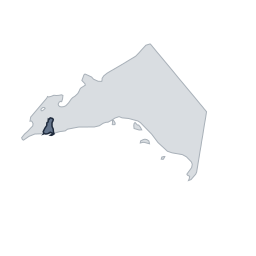 Umm Al Qaywayn on a map of United Arab Emirates (Equal Earth projection), rotated 221°
{"feature_id": "ARE-339", "entity_name": "Umm Al Qaywayn", "entity_type": "Emirate", "adm_level": 1, "iso_a3": "ARE", "parent_name": "United Arab Emirates", "parent_adm1": "", "projection": "equal_earth", "projection_center": [55.75, 25.47], "detail": "fine", "context": "in_parent", "style": "filled", "palette": "slate", "viewbox_px": 256, "rotation_deg": 221, "n_neighbors": 0, "source": "natural_earth", "source_scale": "10m", "svg_char_len": 3123}
<svg xmlns="http://www.w3.org/2000/svg" viewBox="0 0 256 256"><g transform="rotate(221 128 128)"><path d="M206.4,68.8L208.6,72.4L208.9,97.3L209.4,99.0L208.3,99.3L206.9,101.2L205.4,104.1L203.3,105.6L201.6,107.3L200.0,109.4L198.5,109.9L196.6,107.2L195.4,104.5L195.7,103.9L196.6,103.7L196.9,102.3L196.4,100.2L195.1,99.4L193.5,99.4L192.0,100.3L190.4,102.1L189.5,104.1L189.3,108.0L189.8,112.4L189.7,114.5L188.9,117.2L188.5,121.1L189.2,124.2L189.8,126.0L189.8,127.5L188.3,132.3L189.6,133.2L194.0,133.6L195.2,136.9L196.1,139.1L195.9,140.5L192.8,141.5L188.9,142.6L186.1,142.2L181.1,143.7L178.4,146.0L179.2,147.4L180.1,148.5L180.5,151.5L179.7,155.8L178.3,160.0L176.5,165.2L174.5,171.1L171.6,180.1L169.3,187.2L169.0,192.3L169.0,195.6L168.8,202.2L166.5,205.9L166.0,206.0L163.3,205.6L162.4,205.4L159.8,205.0L155.8,204.3L150.6,203.5L144.5,202.5L137.6,201.4L130.3,200.2L122.8,198.9L115.2,197.7L107.9,196.5L101.0,195.4L94.9,194.4L89.7,193.5L85.7,192.9L83.2,192.4L82.3,192.3L79.4,191.8L77.9,189.4L76.0,186.4L74.2,183.4L72.4,180.4L70.5,177.4L68.7,174.5L66.8,171.5L65.0,168.5L63.2,165.5L61.3,162.6L59.5,159.6L57.7,156.6L55.8,153.6L54.0,150.7L52.2,147.7L50.3,144.7L48.5,141.7L47.3,139.8L46.6,137.5L46.6,131.6L46.6,130.4L47.9,128.0L48.4,129.7L49.8,132.0L52.2,131.4L53.3,131.8L54.0,139.9L55.7,142.8L57.9,144.0L65.0,144.6L69.5,143.6L78.4,138.2L83.0,136.3L95.8,136.7L106.1,138.9L122.0,140.2L125.1,139.8L133.8,135.6L139.1,131.8L142.2,130.7L144.3,127.1L145.7,122.4L146.9,119.3L148.4,117.8L149.9,115.2L151.1,110.9L154.1,106.7L166.0,96.2L172.9,87.4L173.5,84.6L177.3,80.3L180.3,75.6L194.4,62.3L197.2,56.8L198.8,50.7L199.0,50.2L200.2,50.0L201.9,50.9L202.1,55.5L201.5,59.9L201.4,64.5L201.2,67.0L202.5,69.0L204.7,69.9L205.7,69.8L206.4,68.8ZM205.8,87.5L206.0,85.5L205.7,84.5L204.2,84.4L203.6,86.1L203.4,88.5L204.4,88.7L205.8,87.5ZM126.3,135.3L126.3,136.8L122.9,136.4L121.9,137.2L119.1,136.7L116.4,135.6L118.3,133.8L123.1,131.6L125.2,133.6L126.3,135.3ZM106.2,131.6L103.7,131.9L101.4,130.2L106.2,127.9L107.5,126.8L108.9,124.7L110.0,126.5L108.8,129.4L107.9,130.6L106.2,131.6ZM144.5,123.3L144.2,124.2L143.3,124.1L140.9,123.3L140.1,122.0L141.6,120.5L142.3,120.4L143.2,122.0L144.5,123.3ZM82.0,130.3L81.4,130.6L80.9,128.1L80.9,127.4L82.5,126.3L83.4,128.3L82.0,130.3Z" fill="#d9dde1" stroke="#a8b0b8" stroke-width="1"/><path d="M180.0,75.0L180.2,74.4L180.3,73.6L180.7,72.7L181.2,72.0L181.8,71.7L181.5,72.5L181.2,73.1L180.9,73.6L181.1,74.2L181.7,74.5L182.3,74.3L183.1,74.1L183.8,73.9L184.0,73.6L184.5,71.8L184.8,71.1L185.7,70.0L186.2,69.5L187.4,68.9L187.8,68.2L187.8,68.3L188.6,69.2L188.9,69.2L189.2,69.4L189.5,69.5L189.7,69.9L190.6,73.5L190.7,74.4L190.8,75.2L190.8,75.6L190.9,76.2L191.1,76.7L192.4,78.4L192.6,78.8L192.6,79.3L192.4,79.6L192.3,80.0L192.3,80.3L193.2,81.3L193.9,82.4L193.3,82.4L193.2,82.5L193.3,83.2L193.4,83.6L193.4,84.0L193.4,84.3L193.3,84.6L193.1,84.8L192.9,84.9L192.4,85.1L192.0,85.3L191.7,85.5L191.3,85.6L190.8,85.6L190.4,85.6L190.1,85.4L189.8,85.2L189.6,84.7L189.2,83.7L189.0,82.6L188.7,82.0L188.3,81.5L186.8,79.8L186.1,79.2L183.7,78.1L183.3,77.7L182.3,76.7L180.1,75.0L180.0,75.0Z" fill="#64748b" stroke="#1e293b" stroke-width="1.5"/></g></svg>